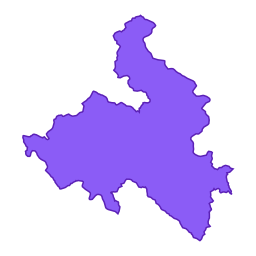 Bao Yen, Lào Cai, Vietnam (Mercator projection)
{"feature_id": "81297802B25948208667731", "entity_name": "Bao Yen", "entity_type": "district", "adm_level": 2, "iso_a3": "VNM", "parent_name": "Vietnam", "parent_adm1": "Lào Cai", "projection": "mercator", "projection_center": [104.421, 22.295], "detail": "fine", "context": "isolated", "style": "filled", "palette": "violet", "viewbox_px": 256, "rotation_deg": 0, "n_neighbors": 0, "source": "geoboundaries", "source_scale": "gbopen_adm2", "svg_char_len": 5860}
<svg xmlns="http://www.w3.org/2000/svg" viewBox="0 0 256 256"><path d="M82.1,103.6L83.8,105.7L83.9,106.2L82.9,111.4L82.4,111.9L79.8,112.6L76.6,115.5L72.6,116.2L70.5,115.4L68.7,114.1L66.7,114.8L63.8,116.3L62.6,116.3L61.8,115.2L61.2,115.0L59.7,115.4L58.8,115.3L56.7,116.4L55.7,118.9L54.1,119.4L53.8,120.3L54.2,122.5L52.9,127.3L52.3,128.5L51.3,129.5L48.2,131.7L46.5,133.8L46.5,134.4L47.3,136.1L49.0,138.3L48.9,138.8L47.6,139.6L46.4,139.1L44.4,136.9L43.7,137.4L43.3,137.2L42.7,137.8L40.5,137.0L36.4,134.8L34.0,134.2L33.0,134.5L31.5,135.8L30.8,135.9L30.2,136.7L28.3,136.7L23.6,135.6L23.1,135.8L22.9,137.7L23.7,139.8L23.7,141.9L25.4,144.5L26.3,146.5L27.5,147.2L27.1,149.2L27.2,150.0L25.5,151.3L25.8,152.3L25.8,153.9L26.2,154.9L27.7,156.3L29.5,156.4L30.3,155.8L31.0,152.6L32.3,150.7L34.4,150.8L35.4,151.2L36.8,153.2L37.2,154.8L39.4,158.0L41.3,159.5L44.9,161.3L45.9,162.5L46.4,164.1L47.5,166.1L47.3,168.0L45.7,170.1L45.6,170.5L49.6,174.4L51.2,176.7L52.7,177.6L53.9,180.0L54.9,181.0L55.1,182.2L58.0,186.2L59.4,187.3L59.7,188.6L60.0,188.9L61.0,188.9L63.9,188.0L65.5,187.4L67.9,185.6L69.4,185.5L70.3,184.5L70.7,183.5L71.8,183.5L73.4,182.2L75.5,181.3L76.0,180.6L76.8,181.0L78.1,180.5L82.5,181.2L83.2,181.8L83.3,182.6L82.3,185.3L82.4,186.7L85.4,189.3L89.5,192.0L90.3,193.0L90.4,194.1L90.1,195.5L89.2,198.3L89.5,199.4L90.8,199.6L92.3,199.3L95.5,195.6L97.1,194.5L98.6,194.4L100.7,194.9L101.9,196.3L102.5,198.8L104.2,202.1L105.7,207.5L106.4,208.5L108.2,209.5L115.3,211.5L117.9,213.8L119.1,211.1L119.8,207.6L119.8,206.5L119.0,205.8L118.5,204.5L118.5,202.5L118.2,201.9L116.3,201.1L115.6,200.5L114.7,200.9L114.2,198.6L113.5,197.2L113.0,195.0L112.3,193.8L111.1,193.1L110.9,192.4L111.4,192.1L112.6,192.1L113.3,191.7L114.9,192.0L117.0,191.6L118.7,187.7L121.9,186.3L121.4,185.4L121.0,184.0L123.1,183.5L124.1,183.0L125.4,180.4L126.5,179.2L129.3,179.2L131.5,179.8L132.6,181.2L136.4,182.8L138.8,187.0L141.3,187.6L142.7,186.8L144.2,187.5L145.4,187.0L146.8,189.1L146.9,191.3L147.4,194.0L147.3,195.2L148.2,196.7L150.8,197.3L153.1,199.3L154.9,199.8L155.4,200.6L156.2,203.4L157.7,204.1L159.2,205.4L160.6,207.6L160.9,208.6L162.0,209.7L165.1,211.0L167.1,213.3L168.9,213.9L169.6,215.4L171.2,216.0L174.2,218.4L176.8,219.2L179.3,220.9L179.7,221.6L180.1,223.1L182.7,227.7L186.0,228.7L187.7,230.2L189.2,232.2L191.5,233.2L191.5,234.1L192.4,234.9L193.5,237.5L196.8,238.5L199.8,240.6L200.2,240.5L201.6,238.9L202.5,236.3L203.3,235.2L204.8,234.2L204.2,232.8L204.1,231.7L205.6,229.7L206.2,227.7L207.5,227.0L209.6,226.7L210.2,226.3L208.3,224.1L208.1,221.6L208.9,219.0L209.4,218.1L209.4,213.9L209.1,212.1L209.8,211.7L210.2,210.6L211.3,209.9L211.4,209.5L211.2,208.5L210.5,207.4L210.0,205.2L209.2,203.6L210.5,202.5L212.2,202.1L213.3,200.9L210.5,197.0L210.8,195.2L210.5,191.7L213.1,190.3L214.0,188.7L214.5,189.5L215.2,189.9L217.3,188.7L218.4,188.5L219.6,189.3L219.8,190.0L219.6,191.5L220.5,192.7L221.3,192.7L222.5,192.1L224.0,191.9L226.2,192.5L227.0,192.1L228.1,191.0L228.6,191.2L230.2,193.4L231.9,194.3L230.9,192.8L231.3,191.2L229.1,187.5L228.9,186.0L228.2,185.0L228.4,183.1L227.3,182.0L227.1,181.4L226.3,177.1L226.6,175.1L227.6,174.5L226.9,172.8L228.6,172.6L230.1,171.9L233.1,168.9L230.4,168.1L229.1,166.4L225.7,165.4L225.1,165.5L223.0,166.3L221.6,167.5L219.3,167.6L217.5,169.6L215.5,168.8L214.5,168.8L213.6,167.6L211.8,166.0L211.7,165.6L212.3,164.7L212.4,164.0L210.7,162.3L212.2,159.0L212.2,158.1L211.5,156.0L212.3,152.5L211.3,151.8L208.7,151.3L207.7,152.3L206.4,155.1L200.6,156.4L198.3,156.0L195.2,154.5L193.5,153.0L193.1,152.0L193.6,149.1L193.3,146.2L193.4,143.6L193.0,142.2L190.8,139.5L190.9,137.6L192.1,136.3L196.0,133.8L198.2,134.0L198.8,133.8L201.9,131.3L202.4,129.0L204.0,127.0L207.7,124.8L208.8,123.6L209.2,120.0L208.6,116.6L206.5,114.7L205.5,113.3L205.4,111.5L202.4,109.2L201.8,108.6L201.8,108.2L206.0,103.0L209.4,101.4L210.0,100.0L209.8,99.0L209.1,98.1L206.7,96.5L204.1,95.6L203.1,95.4L199.1,96.2L196.4,96.1L195.4,95.3L194.9,94.5L193.8,93.7L192.8,92.2L192.9,90.8L196.4,86.0L196.4,85.5L194.7,83.0L194.7,82.3L193.1,80.9L187.4,78.4L184.1,76.3L182.4,75.7L179.9,73.6L178.4,73.1L176.2,71.6L174.4,69.7L172.9,68.7L171.1,68.6L168.0,69.0L165.4,65.6L164.7,64.0L164.8,61.0L164.1,60.6L158.0,59.8L153.0,58.3L152.6,57.6L150.9,53.4L148.2,51.1L145.6,47.2L144.8,43.2L143.4,41.3L143.0,39.3L143.5,38.0L144.1,37.4L145.6,36.6L148.6,35.4L151.1,33.4L151.8,32.0L151.9,29.5L153.0,28.0L154.7,26.9L155.6,25.7L155.5,25.3L154.4,23.7L153.1,22.5L146.7,19.6L145.2,19.5L144.1,18.6L143.4,17.2L142.2,16.8L140.5,15.4L139.5,16.2L136.2,16.8L135.3,17.3L135.0,18.2L132.8,18.1L132.1,18.9L131.5,20.7L129.5,21.2L125.3,23.5L124.9,24.3L125.9,27.7L124.6,29.0L124.3,29.8L122.7,30.7L121.6,31.8L119.6,31.0L116.6,32.2L114.7,33.4L114.4,34.3L113.3,35.8L115.0,40.0L115.3,40.4L116.1,40.5L116.8,41.0L116.9,43.6L118.7,44.6L120.3,46.4L120.1,47.1L117.1,52.3L117.1,53.8L117.7,55.6L117.5,56.4L116.9,57.4L117.2,59.6L116.8,60.3L115.0,61.6L115.4,66.9L114.9,68.9L114.0,69.8L113.8,70.3L116.8,73.1L118.2,75.2L118.3,75.9L117.8,77.3L118.0,77.5L120.3,77.8L123.6,76.1L126.6,75.6L127.1,75.5L128.9,76.6L129.7,78.1L129.7,79.2L128.2,80.6L128.0,83.3L129.3,85.5L129.6,86.6L132.9,88.4L133.3,89.0L133.6,90.4L134.1,90.7L137.3,91.1L141.3,90.3L143.4,91.9L145.4,92.1L145.9,92.4L146.6,93.5L147.0,95.5L148.1,96.4L148.0,97.8L149.8,99.2L150.0,99.6L150.1,100.9L149.7,101.9L148.8,102.5L147.4,102.9L144.2,102.5L142.9,103.0L143.1,103.9L141.4,105.7L140.1,108.2L139.4,108.1L139.2,108.4L139.2,110.0L139.4,110.7L139.3,112.1L138.6,111.3L137.5,110.9L136.2,111.7L135.1,110.3L133.6,109.0L133.2,108.3L131.4,106.8L130.1,106.3L126.4,106.0L125.2,104.8L121.7,102.6L120.8,102.6L117.8,104.5L116.6,104.9L115.7,104.5L115.3,103.5L114.5,102.9L111.8,102.7L108.4,102.0L107.8,101.2L107.0,98.6L105.9,97.1L102.3,95.1L100.7,94.8L99.6,94.1L98.3,93.9L97.4,93.0L95.9,92.0L93.6,91.2L93.0,91.6L90.9,95.8L89.7,97.6L88.3,98.4L86.3,100.6L84.0,102.1L82.1,103.6Z" fill="#8b5cf6" stroke="#5b21b6" stroke-width="1.5"/></svg>